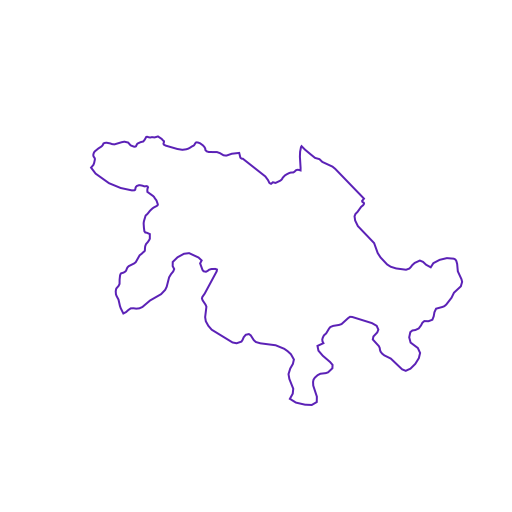 the border of Graubünden, rotated 31°
{"feature_id": "CHE-170", "entity_name": "Graubünden", "entity_type": "Canton", "adm_level": 1, "iso_a3": "CHE", "parent_name": "Switzerland", "parent_adm1": "", "projection": "robinson", "projection_center": [9.485, 46.618], "detail": "fine", "context": "isolated", "style": "outline", "palette": "violet", "viewbox_px": 512, "rotation_deg": 31, "n_neighbors": 0, "source": "natural_earth", "source_scale": "10m", "svg_char_len": 4616}
<svg xmlns="http://www.w3.org/2000/svg" viewBox="0 0 512 512"><g transform="rotate(31 256 256)"><path d="M184.9,358.2L183.0,360.9L180.5,362.8L177.9,363.9L175.6,365.4L174.4,368.0L173.5,371.0L171.9,373.6L166.9,370.4L165.1,368.9L160.6,364.2L157.1,362.1L155.7,361.0L154.0,358.6L153.4,357.2L153.0,355.8L153.6,352.5L153.5,351.1L153.4,350.2L151.2,346.4L149.5,342.7L149.2,341.4L149.3,340.3L151.0,338.5L151.9,336.8L152.2,335.5L151.9,333.9L151.7,332.1L152.1,330.3L155.4,325.1L156.1,323.2L155.9,315.3L156.8,313.1L157.5,310.5L158.0,309.4L157.8,308.3L156.8,306.5L156.0,304.7L155.6,302.5L156.1,299.6L156.2,297.4L156.1,295.9L153.7,291.9L150.5,292.3L149.5,292.6L149.1,292.9L147.6,292.3L145.3,289.4L143.0,286.1L142.4,284.9L141.9,283.5L140.6,278.4L140.7,277.6L141.1,276.6L141.4,275.1L141.8,272.0L142.2,270.4L142.8,268.4L143.5,266.9L145.1,264.3L145.5,263.3L145.4,262.5L144.8,261.9L142.0,259.6L139.7,258.7L138.2,257.9L137.1,257.6L129.9,257.0L128.9,255.5L128.3,254.2L128.1,252.8L127.4,252.3L126.3,252.4L124.5,253.8L122.5,254.2L120.8,254.8L119.3,255.5L117.8,257.3L117.5,258.7L117.7,259.9L118.1,260.7L118.3,261.5L117.8,262.4L115.8,263.7L105.0,267.4L92.5,269.3L76.1,268.0L69.1,265.2L69.7,261.6L69.3,259.5L68.2,256.3L67.6,255.4L66.8,254.9L65.8,254.5L65.1,254.0L64.5,253.2L64.1,252.1L63.8,250.6L64.0,249.2L65.5,245.0L67.0,242.0L67.4,240.7L67.5,239.6L67.4,238.9L67.3,238.1L68.1,237.0L69.5,235.9L73.0,234.6L75.1,234.2L77.2,233.2L82.2,227.7L84.3,225.8L88.0,224.6L91.1,225.6L92.0,225.7L95.2,225.1L95.9,224.7L96.6,223.8L96.4,221.4L96.5,221.0L96.7,220.4L98.4,217.9L100.4,215.9L100.7,213.6L100.6,210.5L101.2,209.9L102.8,209.5L104.2,209.0L105.6,207.7L108.0,206.6L110.4,204.0L114.8,204.2L117.0,204.9L118.0,205.0L118.4,205.7L118.9,207.5L119.7,208.0L121.7,207.9L133.4,204.8L138.2,202.9L141.2,200.5L142.7,198.8L143.8,196.9L144.4,195.6L145.0,194.5L145.6,193.7L145.9,192.8L145.9,190.7L146.0,189.8L146.5,189.2L147.9,188.6L150.0,188.2L153.5,188.5L155.5,189.1L157.1,190.0L158.0,191.2L159.8,191.7L161.9,191.2L169.1,187.0L172.2,186.4L176.2,186.4L177.9,185.7L179.0,185.1L182.6,180.8L188.5,176.3L191.9,179.7L192.6,179.9L193.7,179.9L194.6,179.4L223.0,183.0L227.3,184.8L229.7,186.4L231.2,186.5L231.8,186.3L232.5,184.1L235.1,183.3L237.9,179.1L238.5,177.7L238.7,176.3L238.6,175.1L239.3,172.0L240.4,169.9L241.8,167.7L242.9,166.5L244.9,165.2L245.5,164.1L246.2,161.7L247.2,160.7L248.5,160.1L250.1,159.7L248.9,157.6L242.5,148.3L240.1,143.9L238.5,139.5L238.5,138.4L243.2,139.6L250.3,140.7L256.1,141.5L260.5,140.3L264.4,141.2L275.5,140.0L279.0,140.5L319.0,151.2L318.6,154.2L319.5,154.9L320.9,154.8L321.7,155.6L321.7,157.2L320.8,159.7L320.3,165.9L319.6,168.7L320.0,171.2L322.7,174.5L327.9,177.9L350.6,184.1L358.8,190.8L363.5,193.1L372.7,195.7L375.6,195.8L377.1,195.8L382.5,194.5L391.7,190.5L393.9,187.8L394.4,185.7L394.6,183.5L395.6,180.2L398.8,175.5L402.2,175.0L406.3,175.9L411.6,175.7L411.7,170.8L415.4,164.7L420.7,159.5L426.8,156.5L428.0,156.3L429.1,156.5L430.3,157.1L432.5,159.2L436.9,165.2L444.1,170.1L446.0,172.0L447.2,176.5L444.6,185.5L445.1,191.1L444.1,199.6L443.3,202.0L442.1,203.6L437.5,208.4L437.9,212.3L439.4,216.2L440.0,219.8L437.4,223.1L433.8,225.1L433.0,227.5L433.2,230.5L432.8,234.3L430.7,237.4L428.4,239.3L427.5,241.8L429.2,246.8L433.1,250.6L442.1,251.5L446.6,254.6L448.2,259.7L448.1,266.5L446.4,273.1L445.1,274.9L443.5,277.3L439.6,277.9L424.4,274.5L417.1,275.1L414.3,274.7L412.0,273.8L410.6,272.6L409.5,271.2L407.8,270.0L399.1,267.4L398.1,264.5L399.3,259.1L398.8,256.1L395.4,253.7L390.0,253.8L369.9,258.7L367.9,259.7L367.0,261.7L364.4,270.3L362.7,272.3L358.1,276.2L356.3,278.6L356.0,280.5L356.0,286.2L355.1,289.1L355.3,291.5L355.8,293.4L356.9,294.9L358.7,296.0L355.0,301.4L358.3,305.0L364.6,307.1L374.1,308.7L377.7,309.9L379.3,312.9L377.7,318.6L376.2,320.4L371.8,323.8L370.2,326.4L369.1,330.0L369.0,332.4L369.8,334.6L371.8,337.6L380.6,345.2L383.3,349.9L380.5,355.0L374.6,358.2L365.7,361.1L358.6,361.0L358.4,355.1L356.3,350.6L347.9,344.2L344.7,340.5L343.3,334.8L343.2,329.5L341.8,325.2L336.5,322.2L332.1,321.3L328.0,321.0L318.8,322.4L304.7,328.6L300.2,329.8L297.5,329.3L292.3,326.7L290.1,326.6L287.8,328.8L287.3,331.9L287.7,334.9L287.6,336.9L284.3,340.8L280.4,342.2L256.0,342.0L251.1,340.4L246.6,337.8L243.9,334.6L239.6,325.0L237.8,323.7L233.1,321.5L231.5,320.2L231.1,318.7L231.4,314.7L230.2,289.4L229.5,287.7L227.8,288.0L224.4,290.2L222.9,291.9L222.2,293.7L221.2,295.3L218.9,296.1L217.3,295.5L211.9,291.1L211.7,287.8L207.5,286.9L197.2,288.0L193.1,291.2L189.4,297.5L187.7,304.0L189.8,307.6L192.6,309.3L193.0,311.9L192.5,315.2L192.5,319.0L195.3,328.4L195.6,331.8L194.3,337.6L188.1,348.7L184.9,358.2Z" fill="none" stroke="#5b21b6" stroke-width="2"/></g></svg>